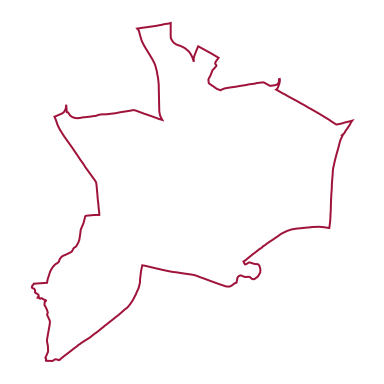 the district of Kota Jakarta Pusat, Jakarta Raya, Indonesia
{"feature_id": "22746128B21128962092426", "entity_name": "Kota Jakarta Pusat", "entity_type": "district", "adm_level": 2, "iso_a3": "IDN", "parent_name": "Indonesia", "parent_adm1": "Jakarta Raya", "projection": "mercator", "projection_center": [106.829, -6.182], "detail": "fine", "context": "isolated", "style": "outline", "palette": "rose", "viewbox_px": 384, "rotation_deg": 0, "n_neighbors": 0, "source": "geoboundaries", "source_scale": "gbopen_adm2", "svg_char_len": 5810}
<svg xmlns="http://www.w3.org/2000/svg" viewBox="0 0 384 384"><path d="M33.9,283.6L33.5,284.4L32.4,285.5L31.8,287.1L32.2,287.9L32.7,288.2L33.8,288.6L34.3,288.9L34.6,289.4L34.9,290.1L35.1,290.9L35.0,292.3L35.4,292.8L35.9,293.2L36.4,293.3L36.9,293.6L38.2,294.6L38.5,295.0L38.7,296.7L38.4,296.9L37.6,297.3L37.6,297.6L37.6,297.8L37.9,297.8L38.5,297.7L39.0,297.6L39.4,297.7L39.6,298.1L39.7,298.5L40.2,298.7L41.2,298.4L41.8,298.2L43.2,299.2L43.8,299.5L45.5,300.1L46.0,300.5L45.9,300.9L45.6,301.3L44.9,301.5L44.7,301.8L44.7,302.2L44.5,304.4L44.6,305.5L45.3,306.3L47.1,310.1L47.5,311.6L47.8,312.8L47.6,313.3L47.3,313.7L47.1,314.6L47.3,315.4L47.8,316.4L49.6,320.3L49.8,320.9L49.9,322.0L49.7,324.5L47.9,334.5L47.1,339.1L47.0,341.5L47.9,346.0L48.1,351.0L47.9,352.1L45.4,357.8L45.6,358.2L46.2,359.0L45.8,360.1L46.1,360.8L48.0,360.9L50.4,360.9L52.3,361.0L52.9,360.7L54.8,359.5L55.2,359.3L55.6,359.3L56.4,359.4L58.0,359.8L58.4,360.1L58.6,359.9L59.2,359.8L59.7,359.9L60.7,358.8L63.8,356.3L67.5,353.5L71.8,350.2L73.0,349.2L74.7,347.9L77.4,346.0L78.1,345.2L79.7,344.2L81.1,343.1L82.5,342.2L84.3,341.0L88.7,338.3L90.7,336.9L92.0,335.8L94.8,333.6L96.5,332.5L102.3,327.8L103.4,327.0L105.3,325.3L106.6,324.4L114.4,318.2L116.1,316.8L117.1,316.1L119.1,314.5L125.7,308.7L126.7,308.1L127.6,307.3L129.9,304.5L132.1,301.3L132.9,300.0L136.1,293.9L136.6,292.4L138.3,288.8L138.9,287.1L139.8,283.3L140.0,282.1L140.0,280.5L140.2,278.0L141.1,270.8L142.3,265.3L145.2,265.8L151.9,267.4L153.6,267.8L164.0,270.2L169.8,271.4L172.6,271.9L177.0,272.4L182.6,273.3L191.8,274.6L194.0,275.0L196.0,275.6L199.0,276.7L199.2,276.9L202.0,277.8L216.0,283.0L225.9,286.4L226.6,286.4L227.5,286.6L228.4,286.6L229.7,286.5L230.5,286.2L231.5,285.7L233.1,284.5L233.4,284.2L234.6,283.4L236.1,282.6L236.4,282.7L236.6,282.3L236.8,281.1L237.5,277.7L238.2,276.6L238.9,276.1L239.6,275.7L241.0,275.4L241.4,275.5L243.2,276.4L244.8,276.9L245.6,277.0L249.1,276.8L249.9,277.1L251.7,278.7L252.9,279.2L253.9,279.2L254.4,279.1L258.0,276.4L259.6,273.6L260.2,272.4L260.4,269.9L260.2,268.5L259.8,267.0L259.2,265.4L258.7,264.8L258.1,264.3L257.6,264.2L255.2,264.0L254.0,263.8L250.3,262.6L249.5,262.4L248.7,262.6L246.4,264.0L245.5,264.4L245.0,264.4L244.8,264.1L244.3,263.3L243.5,261.4L245.4,260.4L245.9,260.0L247.2,258.8L253.1,254.0L255.5,252.3L256.9,251.1L259.7,248.9L260.5,248.5L262.4,247.1L263.0,246.3L265.5,244.8L266.6,243.8L269.0,242.2L269.5,241.8L272.5,239.9L276.8,236.9L277.9,236.3L280.0,234.6L281.8,233.5L286.9,231.0L291.3,229.5L294.0,229.0L296.5,228.6L298.9,228.4L305.7,227.7L310.4,227.3L311.5,227.1L312.0,227.0L318.5,226.8L319.7,226.8L323.7,227.2L329.3,228.0L330.1,221.9L330.4,217.7L330.5,213.6L330.7,212.2L331.0,201.1L331.3,194.7L331.8,188.2L331.9,183.7L332.7,173.8L332.8,171.4L333.2,168.1L334.9,160.5L336.5,154.3L338.3,148.0L339.4,143.6L340.4,140.2L341.1,138.6L342.8,135.0L342.3,134.9L343.7,133.8L344.4,133.0L345.1,131.8L345.5,130.9L346.7,129.4L349.1,125.8L350.2,124.0L351.1,122.1L351.7,121.4L352.2,120.7L350.8,121.1L345.2,122.4L340.9,123.7L338.2,124.2L336.4,124.5L335.9,124.3L330.2,120.6L329.5,120.0L320.0,114.2L310.8,108.9L308.5,107.7L304.4,105.2L300.1,102.9L299.0,102.2L296.3,100.7L289.0,96.8L284.0,93.9L283.1,93.6L276.2,89.6L276.7,89.3L277.2,88.7L277.8,87.6L278.3,86.4L279.1,84.2L279.5,82.9L279.7,81.5L279.9,80.2L279.7,79.0L279.0,79.2L278.9,82.3L277.3,84.4L275.0,85.2L270.2,85.9L263.7,82.4L263.2,82.5L262.3,82.4L257.3,83.0L255.8,83.3L255.1,83.6L248.6,84.4L246.3,85.0L240.2,85.9L235.9,86.7L229.4,87.6L225.7,88.2L224.5,88.5L222.1,89.4L221.5,89.7L220.7,90.3L216.8,88.9L213.4,86.4L211.5,85.2L208.9,83.3L208.7,82.7L208.4,79.7L208.9,78.3L210.5,75.5L212.5,70.2L214.4,68.3L216.2,66.1L216.4,65.7L216.1,64.9L215.3,63.9L215.2,63.3L215.3,62.7L215.8,61.6L218.6,57.8L211.0,53.3L198.2,46.3L198.0,46.7L195.9,51.8L194.3,56.0L193.8,58.0L193.7,59.0L193.8,61.8L192.5,57.6L191.0,54.6L189.5,52.3L188.6,51.3L185.6,48.7L183.6,47.4L180.4,45.9L178.6,45.3L178.4,45.3L176.0,44.3L173.7,42.7L172.6,41.3L171.2,38.9L170.9,38.3L170.7,36.3L170.7,23.0L168.5,23.6L163.9,24.2L161.5,24.9L158.4,25.4L156.6,25.8L152.4,26.4L151.0,26.6L144.6,27.5L142.8,27.7L137.2,28.6L138.5,30.2L139.0,31.2L139.9,34.7L141.6,40.5L142.0,41.5L144.1,45.6L146.1,49.0L147.2,50.7L152.2,59.0L154.0,62.4L155.2,65.2L156.8,71.2L157.0,72.2L157.4,74.9L158.0,77.7L158.7,84.2L158.8,88.9L159.1,103.0L159.2,108.3L159.3,111.6L159.8,114.3L160.3,116.0L161.0,117.6L162.3,119.9L158.7,118.9L155.7,117.7L154.7,117.4L153.1,116.8L150.5,115.8L149.1,115.4L147.0,114.6L144.4,113.8L141.0,112.5L138.6,111.6L137.9,111.3L134.9,110.3L133.6,110.1L131.5,110.4L129.7,110.8L120.5,112.2L118.0,112.7L115.2,113.3L110.3,113.8L109.1,114.0L106.0,114.3L102.2,114.3L98.8,114.8L98.0,115.1L97.2,115.4L95.8,115.9L94.1,116.0L89.7,116.7L81.9,117.5L80.5,117.9L77.9,118.2L77.5,118.2L75.4,118.0L74.0,117.7L72.2,117.0L70.4,115.7L69.6,114.8L68.2,112.5L67.7,112.3L67.2,112.3L66.8,112.2L66.2,104.7L65.8,108.2L65.4,109.5L64.6,111.0L64.3,111.6L63.3,112.6L62.0,113.5L55.8,116.2L54.5,116.7L56.1,120.5L56.9,123.0L57.7,125.2L59.1,128.1L60.1,130.0L63.9,136.0L72.0,147.4L74.7,151.4L77.4,155.3L80.7,160.3L82.4,162.6L84.3,165.4L84.6,166.0L85.3,167.1L92.9,177.6L95.5,181.2L96.2,182.9L96.6,185.7L97.1,191.6L97.3,193.3L97.5,196.3L98.0,201.5L98.3,203.7L98.7,208.3L99.2,212.4L99.3,214.3L99.2,214.9L99.2,215.0L97.9,214.9L94.8,215.0L92.6,215.1L90.8,215.3L87.6,215.6L86.7,215.7L85.6,216.0L85.2,216.4L85.2,216.5L84.1,220.9L83.6,222.8L82.8,224.9L82.3,225.9L80.7,229.8L80.3,233.5L79.3,239.9L78.3,242.6L76.4,246.0L75.8,246.7L74.1,247.8L73.9,248.0L73.4,248.6L72.3,250.7L71.9,251.4L71.4,251.8L70.5,252.4L67.6,253.8L66.4,254.4L63.3,255.7L62.2,256.3L61.4,257.0L60.5,258.1L59.6,259.3L59.1,261.0L59.0,261.5L57.8,262.8L55.8,264.0L54.4,265.2L53.4,266.3L52.9,266.9L51.1,269.7L50.0,272.0L48.9,275.6L48.0,278.1L47.5,280.1L47.0,282.8L39.7,283.3L34.5,283.7L33.9,283.6Z" fill="none" stroke="#9f1239" stroke-width="2"/></svg>